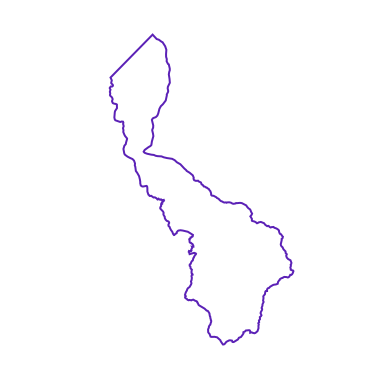 Funes, Nariño, Colombia (Mercator projection), rotated 210°
{"feature_id": "7082276B86870454083257", "entity_name": "Funes", "entity_type": "district", "adm_level": 2, "iso_a3": "COL", "parent_name": "Colombia", "parent_adm1": "Nariño", "projection": "mercator", "projection_center": [-77.378, 0.9], "detail": "fine", "context": "isolated", "style": "outline", "palette": "violet", "viewbox_px": 384, "rotation_deg": 210, "n_neighbors": 0, "source": "geoboundaries", "source_scale": "gbopen_adm2", "svg_char_len": 5973}
<svg xmlns="http://www.w3.org/2000/svg" viewBox="0 0 384 384"><g transform="rotate(210 192 192)"><path d="M64.2,170.8L64.2,172.4L64.6,174.2L65.2,174.5L67.1,174.0L67.7,174.1L68.1,174.9L69.0,175.6L69.4,177.5L70.2,178.4L70.1,179.3L70.5,180.4L72.6,182.1L75.2,182.0L77.1,182.6L78.5,183.8L78.8,185.5L80.3,185.9L81.3,187.3L84.1,188.1L85.9,189.4L87.3,189.7L88.3,190.3L89.0,191.1L90.3,195.3L90.9,196.1L90.5,197.1L90.9,198.7L91.7,198.9L93.7,199.9L95.1,199.8L96.7,201.1L97.5,202.2L99.2,202.6L100.8,202.6L102.9,202.2L103.9,202.5L105.5,201.4L106.1,200.6L107.1,200.5L108.7,200.9L109.1,200.8L109.8,200.0L112.1,200.2L114.0,201.0L117.4,200.5L119.0,199.1L119.7,197.8L120.2,197.4L121.4,197.7L123.0,197.7L125.5,197.0L125.9,197.2L126.7,198.7L129.3,200.1L129.0,201.6L129.1,203.3L131.1,204.5L132.2,205.5L133.2,206.0L135.0,206.1L137.3,206.9L138.2,207.5L143.3,207.3L145.0,206.6L147.8,204.6L148.3,204.5L148.7,203.7L150.2,202.5L151.2,202.2L153.0,202.2L154.6,201.7L156.6,200.4L156.7,200.0L157.7,199.8L158.6,199.1L159.7,198.8L160.8,198.9L162.3,198.6L164.2,198.9L164.7,199.2L165.9,199.4L167.5,199.3L168.2,199.6L171.4,199.5L173.0,198.8L174.0,199.1L174.8,200.4L176.5,201.9L177.8,202.3L178.6,202.9L180.5,203.0L181.1,203.2L181.8,202.9L182.3,203.1L184.1,203.0L184.6,202.7L186.3,203.5L187.5,203.4L189.0,204.7L191.6,204.5L192.4,204.8L194.2,203.6L196.0,203.3L197.3,204.2L197.6,205.2L199.6,206.8L203.7,207.5L207.2,207.6L207.9,208.0L210.4,208.5L215.9,210.2L220.0,210.2L222.9,210.9L225.8,210.8L230.6,208.9L233.9,207.9L236.2,207.6L239.8,205.8L241.6,205.2L243.6,205.0L245.9,204.0L250.0,202.7L252.3,202.3L253.2,202.4L254.0,202.7L254.0,204.8L252.1,209.1L251.0,211.0L250.7,212.4L252.0,215.7L253.4,221.1L255.0,223.1L257.2,225.4L257.6,226.3L257.8,228.2L258.8,230.2L262.8,234.4L262.8,235.8L262.5,236.7L260.8,238.7L260.2,240.8L260.5,243.1L261.8,247.7L261.9,250.7L261.1,253.4L260.5,258.1L262.1,263.1L262.6,263.8L262.8,266.9L263.3,267.8L264.9,269.6L265.5,271.1L265.8,275.5L268.0,278.7L270.9,282.3L271.8,284.7L272.1,286.3L273.0,287.8L275.9,290.9L276.8,290.9L279.3,292.5L280.3,294.5L282.0,296.1L283.4,298.4L285.3,302.3L288.1,304.8L292.4,307.0L293.5,306.9L296.9,307.3L299.1,306.8L304.8,308.6L319.8,250.4L317.3,248.6L316.5,246.0L315.9,245.7L314.3,245.3L313.6,244.5L314.0,243.3L315.1,242.7L315.3,241.1L315.0,240.6L313.8,239.9L313.2,237.6L312.2,236.7L311.5,234.9L310.7,234.4L309.1,234.1L307.7,233.3L307.1,232.6L306.7,230.7L305.4,229.6L304.9,229.4L303.5,229.6L301.9,230.2L300.8,230.2L298.9,227.1L299.1,223.8L298.8,222.6L296.5,217.7L295.1,216.2L294.2,215.8L289.9,216.6L289.1,216.8L288.1,217.9L286.9,218.4L286.1,217.7L285.7,216.5L284.1,214.9L283.7,212.8L282.3,211.3L281.5,209.6L279.2,207.8L277.9,207.0L275.0,205.9L274.7,205.3L273.8,201.7L273.3,200.4L273.7,198.3L272.9,195.0L270.1,191.7L269.1,190.9L268.2,190.7L265.6,190.4L262.9,190.5L260.0,190.8L257.9,190.2L255.6,188.2L254.8,186.4L253.8,185.6L251.1,182.1L249.2,181.3L245.8,179.3L243.4,176.8L241.8,174.8L241.3,173.8L239.6,172.0L238.0,171.9L237.2,172.2L234.5,174.5L234.1,174.5L233.7,174.4L232.7,173.2L230.8,170.0L228.4,167.9L227.4,167.8L226.8,167.4L226.4,167.5L225.4,168.3L222.6,168.0L221.5,168.8L219.6,168.8L218.2,168.3L217.6,169.5L216.5,169.1L215.6,169.8L215.1,169.7L214.9,170.1L213.7,169.9L213.3,170.5L212.6,171.0L212.3,170.4L212.0,170.4L212.0,170.0L212.3,169.5L212.3,168.9L212.8,168.4L212.8,166.8L212.0,166.7L212.4,165.5L211.7,164.4L211.8,162.9L211.2,161.8L207.3,160.6L206.4,160.0L206.0,159.5L205.8,158.6L204.8,157.7L203.3,157.0L202.6,155.9L201.1,154.9L199.4,154.4L197.7,154.7L196.7,154.3L196.3,153.8L196.1,151.9L195.4,150.9L193.8,150.5L193.1,149.8L191.3,148.6L189.2,147.7L187.5,146.3L186.1,145.7L185.8,145.9L185.5,147.3L184.7,148.6L185.1,149.5L184.8,151.3L184.4,151.9L182.9,153.1L180.7,154.0L175.7,155.5L169.7,155.3L169.2,153.9L169.3,153.5L169.8,153.3L170.0,152.3L170.5,151.9L170.2,151.4L170.2,150.8L170.3,150.3L170.6,150.4L170.8,150.0L170.6,149.4L169.9,148.8L169.1,147.5L168.6,147.2L167.9,147.2L167.5,147.4L167.3,147.2L166.3,147.1L165.8,147.3L164.1,146.3L163.9,145.5L163.5,145.3L164.1,144.6L164.6,144.5L163.9,143.9L163.9,141.9L163.2,141.2L163.2,140.3L163.5,140.1L163.8,140.4L164.5,139.5L165.1,139.4L164.9,138.5L164.4,138.4L163.0,137.0L159.7,140.4L158.1,140.7L157.6,140.5L157.5,139.8L157.8,138.9L157.8,136.9L157.6,136.1L157.8,135.4L157.1,133.1L157.4,132.6L157.6,131.6L157.5,130.4L157.2,129.2L157.7,128.2L157.6,127.7L157.1,126.9L156.1,126.6L155.0,125.1L153.3,124.7L152.8,123.2L151.9,121.6L150.7,121.2L150.2,120.9L150.1,120.7L150.7,120.2L150.4,118.9L149.2,117.6L148.3,115.4L148.2,114.0L146.9,112.8L146.6,111.6L146.6,108.5L147.4,106.7L147.5,105.5L147.2,104.1L147.2,102.0L146.6,99.3L145.3,98.7L145.5,97.5L145.0,97.0L144.4,96.8L143.0,96.8L142.0,96.4L140.7,96.6L140.3,97.2L138.3,97.9L138.1,98.4L137.1,99.4L134.9,99.4L133.4,99.7L132.6,99.5L132.2,98.9L131.5,98.8L130.0,97.6L129.2,97.4L122.8,97.3L120.0,96.6L119.1,96.9L118.5,96.8L116.2,95.6L115.3,94.4L114.2,93.2L113.7,93.0L113.0,91.9L112.0,91.1L111.8,90.6L111.0,90.1L110.5,89.2L110.2,87.5L109.8,86.3L110.1,85.3L110.1,84.0L109.6,83.0L109.4,81.1L107.9,78.7L106.8,78.1L105.9,77.9L103.6,76.0L102.4,76.4L100.2,77.8L97.6,78.7L93.3,77.8L92.5,77.1L89.0,75.4L88.2,75.9L87.7,76.9L87.3,79.5L85.6,82.1L84.9,82.6L83.1,83.3L82.0,82.4L81.3,82.6L80.7,83.2L78.5,87.3L78.5,89.2L77.1,90.9L76.8,93.3L76.7,95.3L77.4,96.2L76.3,97.9L76.1,99.0L73.4,100.9L72.8,101.0L72.2,100.7L71.2,99.2L70.2,100.3L68.9,100.4L67.3,100.9L66.6,101.7L65.7,104.2L66.3,107.3L67.6,109.4L67.8,110.5L69.0,111.5L68.7,112.7L69.8,114.2L69.5,115.8L70.7,117.6L70.2,118.9L70.2,120.0L72.0,121.3L72.3,122.2L72.4,125.1L72.9,125.9L73.7,126.3L73.8,126.6L74.1,128.6L74.8,130.0L75.0,132.6L76.1,133.4L77.1,136.0L78.0,137.1L78.1,137.9L77.7,139.8L78.7,142.5L78.5,143.2L77.5,143.8L78.2,145.0L78.3,146.0L78.0,146.8L77.3,147.5L77.0,149.0L75.5,151.7L74.8,152.6L73.1,153.9L71.9,155.4L72.5,157.0L72.4,158.9L72.1,159.5L72.3,160.2L72.1,160.9L71.4,162.1L70.5,163.0L70.3,163.7L69.6,164.6L67.6,165.6L66.2,165.9L65.4,167.3L65.5,169.4L64.6,169.8L64.2,170.8Z" fill="none" stroke="#5b21b6" stroke-width="2"/></g></svg>